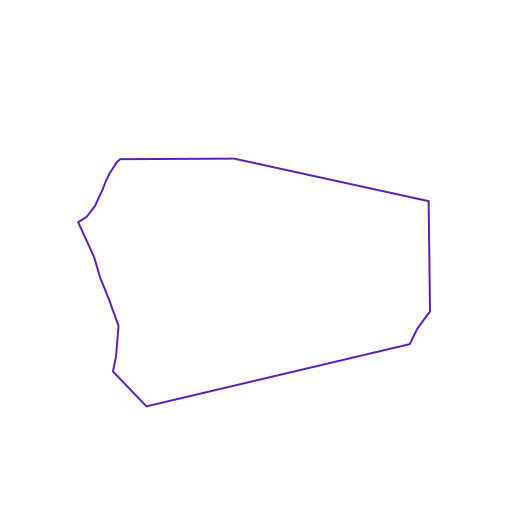 Barh-El-Gazel Nord, Barh El Gazel, Chad (Mercator projection), rotated 64°
{"feature_id": "50815135B23579173703051", "entity_name": "Barh-El-Gazel Nord", "entity_type": "district", "adm_level": 2, "iso_a3": "TCD", "parent_name": "Chad", "parent_adm1": "Barh El Gazel", "projection": "mercator", "projection_center": [16.657, 14.849], "detail": "fine", "context": "isolated", "style": "outline", "palette": "violet", "viewbox_px": 512, "rotation_deg": 64, "n_neighbors": 0, "source": "geoboundaries", "source_scale": "gbopen_adm2", "svg_char_len": 500}
<svg xmlns="http://www.w3.org/2000/svg" viewBox="0 0 512 512"><g transform="rotate(64 256 256)"><path d="M402.6,156.5L392.0,142.8L382.1,123.9L282.4,76.8L158.8,233.1L125.4,302.5L112.1,330.1L109.4,335.6L110.6,339.8L117.5,351.3L123.1,358.4L128.9,364.6L140.0,378.2L140.1,378.4L140.5,378.9L146.6,391.2L147.4,398.8L147.8,400.7L147.8,400.9L147.8,401.0L186.0,402.0L207.5,405.6L229.5,407.1L258.6,410.2L285.2,426.0L297.1,435.2L343.1,420.4L402.6,156.5Z" fill="none" stroke="#5b21b6" stroke-width="2"/></g></svg>